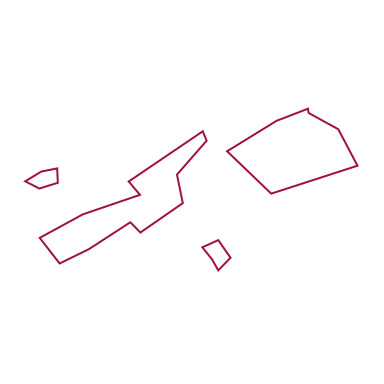 the district of Angren city, Tashkent, Uzbekistan, rotated 178°
{"feature_id": "79887680B68716596189274", "entity_name": "Angren city", "entity_type": "district", "adm_level": 2, "iso_a3": "UZB", "parent_name": "Uzbekistan", "parent_adm1": "Tashkent", "projection": "albers", "projection_center": [70.1, 41.005], "detail": "fine", "context": "isolated", "style": "outline", "palette": "rose", "viewbox_px": 384, "rotation_deg": 178, "n_neighbors": 0, "source": "geoboundaries", "source_scale": "gbopen_adm2", "svg_char_len": 561}
<svg xmlns="http://www.w3.org/2000/svg" viewBox="0 0 384 384"><g transform="rotate(178 192 192)"><path d="M105.0,260.2L155.5,231.5L112.9,187.6L25.7,212.5L43.6,249.6L72.7,266.9L73.2,271.2L105.0,260.2ZM345.8,151.5L326.8,125.2L297.0,138.5L254.7,163.9L245.0,153.3L201.6,181.2L206.4,209.9L175.6,242.8L179.1,252.3L254.9,204.7L244.1,191.0L301.8,173.5L345.8,151.5ZM183.6,136.4L174.2,123.8L168.5,112.8L155.8,124.9L167.4,143.0L183.6,136.4ZM341.9,217.7L358.3,208.5L344.5,200.8L325.8,205.9L325.9,220.3L341.9,217.7Z" fill="none" stroke="#9f1239" stroke-width="2"/></g></svg>